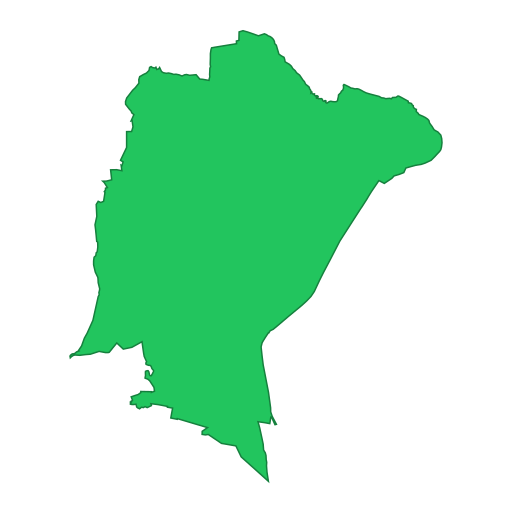 the district of Amacueca, Jalisco, Mexico
{"feature_id": "50627088B63985202353030", "entity_name": "Amacueca", "entity_type": "district", "adm_level": 2, "iso_a3": "MEX", "parent_name": "Mexico", "parent_adm1": "Jalisco", "projection": "orthographic", "projection_center": [-103.62, 19.989], "detail": "fine", "context": "isolated", "style": "filled", "palette": "green", "viewbox_px": 512, "rotation_deg": 0, "n_neighbors": 0, "source": "geoboundaries", "source_scale": "gbopen_adm2", "svg_char_len": 5822}
<svg xmlns="http://www.w3.org/2000/svg" viewBox="0 0 512 512"><path d="M418.8,114.5L418.3,113.4L416.2,111.5L416.4,109.4L415.3,109.0L414.1,108.1L413.3,106.9L413.3,105.7L412.2,104.9L411.5,103.5L409.5,102.9L408.4,102.8L408.2,101.2L401.3,97.4L399.1,96.3L399.0,96.2L398.8,96.1L397.7,96.1L396.1,97.3L392.5,97.5L391.3,98.8L389.8,98.3L387.3,98.5L385.8,98.7L383.8,98.0L381.6,97.8L379.1,96.4L375.6,95.5L369.9,94.0L366.2,92.9L363.3,91.5L361.6,90.5L358.8,89.1L357.0,88.7L355.0,88.9L352.8,88.3L350.9,88.0L348.9,86.8L345.2,85.0L344.0,84.5L343.5,85.0L343.3,85.3L343.5,86.7L343.5,88.2L342.7,90.3L341.9,90.8L341.3,91.4L340.7,92.8L339.6,93.8L338.5,95.0L338.4,96.6L337.9,98.6L337.5,100.7L336.4,101.6L334.8,101.8L332.5,101.6L331.2,101.3L330.3,101.3L329.9,101.4L329.4,101.6L328.9,101.8L328.7,102.0L328.3,102.3L328.0,102.5L327.4,102.9L326.7,103.0L326.1,102.8L325.7,102.3L325.7,101.7L326.0,101.4L326.0,101.2L325.8,100.7L325.6,100.6L325.3,100.6L325.1,100.6L324.7,100.7L324.6,100.8L324.5,101.1L324.3,101.2L323.9,101.3L323.5,101.1L322.8,100.7L322.5,100.1L322.4,99.3L322.3,99.2L321.5,98.7L321.4,98.6L321.0,98.6L320.6,98.7L320.3,98.7L319.8,98.7L319.4,98.7L319.1,98.6L318.6,98.8L318.3,98.7L318.0,98.5L318.0,98.1L316.7,98.3L316.3,97.9L316.5,97.4L317.7,97.0L317.8,96.8L318.0,96.6L318.1,96.4L317.7,96.2L317.5,95.9L317.3,95.8L317.0,95.8L316.8,95.8L316.5,95.7L316.2,95.7L315.7,96.1L315.3,95.9L314.8,95.5L314.6,95.3L314.4,95.1L314.3,94.9L314.5,94.6L314.5,94.4L314.5,94.2L314.5,93.9L314.0,93.9L313.6,93.9L313.0,94.0L312.4,93.8L311.9,93.1L311.9,92.5L311.9,92.1L311.5,92.1L311.0,92.6L311.2,91.5L310.9,91.1L310.7,90.3L309.7,88.9L309.1,87.0L308.4,86.6L308.0,86.0L307.6,85.7L307.1,85.3L306.5,85.0L305.5,84.0L304.4,81.6L302.9,80.0L301.4,77.7L299.6,75.1L296.6,72.8L295.1,70.6L292.8,68.6L291.4,66.2L289.5,64.4L285.1,61.8L284.7,59.4L284.0,57.3L281.4,55.9L278.9,54.1L276.3,45.2L274.7,43.6L274.4,41.4L273.4,39.4L271.7,37.6L269.8,36.4L268.2,35.9L266.6,34.7L265.9,34.4L264.4,33.8L258.4,35.8L254.0,34.2L247.6,32.0L243.0,30.7L239.1,31.9L238.9,40.4L236.4,41.0L236.4,42.2L236.6,43.7L214.4,47.3L212.9,47.6L211.6,47.8L211.0,49.6L210.4,53.6L210.4,58.0L210.2,64.3L210.6,66.8L209.9,68.1L209.8,71.0L209.6,74.4L209.8,76.9L209.2,78.8L209.0,80.4L202.7,79.3L199.8,79.1L196.1,74.7L189.6,75.3L186.5,74.5L184.6,74.8L182.0,76.0L179.0,74.8L176.0,74.2L173.7,74.4L171.4,73.6L168.5,73.0L166.3,73.3L163.3,72.7L161.5,71.5L159.6,67.5L158.8,68.7L156.8,69.5L155.9,67.2L155.1,68.0L153.7,67.8L152.4,67.5L151.1,66.6L149.6,67.4L149.0,70.5L146.4,73.1L143.4,74.5L141.2,75.8L139.7,76.6L138.8,79.6L138.9,83.2L135.3,87.7L132.7,90.2L126.7,98.0L125.5,101.6L125.6,104.3L129.4,109.2L131.1,111.0L131.8,112.9L133.9,114.6L131.1,120.9L132.1,120.6L133.0,126.9L131.6,131.5L126.6,131.6L126.6,140.0L126.6,147.5L120.5,160.3L123.1,161.9L121.9,165.7L121.1,165.2L121.9,170.7L116.6,169.7L110.6,169.8L111.7,179.8L106.5,181.1L102.8,181.2L104.2,182.5L107.4,187.6L107.1,187.7L105.5,188.2L105.4,190.3L104.8,190.9L104.3,191.7L105.0,192.3L103.6,201.3L100.8,202.5L98.2,201.3L96.2,204.5L96.8,216.4L95.0,224.8L95.6,229.7L96.2,235.7L96.7,241.4L97.6,242.0L97.7,242.9L97.8,247.1L97.2,251.8L96.2,252.8L95.8,255.7L94.1,257.2L93.6,260.9L93.6,264.8L95.3,272.1L97.9,277.5L98.1,280.5L98.2,282.7L99.7,288.8L99.5,290.3L98.9,292.6L99.2,294.7L98.2,296.6L92.9,320.4L87.1,333.3L84.4,338.1L81.6,345.9L78.2,351.0L78.5,351.1L77.1,351.7L76.5,351.9L75.7,352.7L74.6,353.5L73.5,353.8L72.2,353.9L70.5,355.2L70.0,356.1L70.3,357.8L71.5,356.6L73.4,355.4L74.9,355.0L79.8,355.3L85.4,354.6L90.4,354.2L96.9,352.1L99.1,351.4L105.6,352.6L106.8,352.6L108.1,352.6L109.2,352.3L112.0,348.9L112.1,348.7L116.8,343.0L123.3,349.1L131.9,347.3L142.0,341.7L143.6,353.1L144.2,356.4L145.5,359.3L146.6,361.7L146.0,362.6L145.9,363.7L146.1,364.4L148.5,365.3L150.1,365.4L151.1,366.3L151.9,368.5L152.5,369.3L153.6,370.5L153.5,371.6L152.9,372.7L152.5,373.6L152.0,374.4L151.7,375.0L151.4,375.6L151.0,375.8L150.0,375.6L149.5,374.8L149.2,373.2L148.8,371.7L148.1,370.7L147.1,370.7L145.5,371.3L145.4,372.7L145.5,375.5L145.1,377.6L145.1,378.2L147.1,378.9L148.0,379.3L149.7,380.8L154.0,387.4L154.5,391.2L151.4,392.4L151.4,391.7L140.8,391.5L140.8,392.6L139.7,393.4L138.2,394.5L135.3,395.4L131.2,396.8L132.5,400.2L131.9,401.0L131.4,401.0L131.4,401.8L130.9,401.8L130.4,401.9L130.4,402.2L130.4,403.0L130.9,402.9L130.9,403.2L130.5,404.2L131.9,404.5L134.0,404.5L136.0,404.2L136.7,407.0L137.7,407.9L139.6,408.8L139.8,408.5L140.2,408.3L140.6,408.0L141.0,407.6L141.4,407.3L141.6,407.3L142.0,407.3L142.4,407.4L143.4,407.6L145.0,406.6L147.2,407.6L151.4,405.6L151.4,404.9L150.9,403.7L158.1,404.6L167.5,406.4L167.4,407.2L172.6,408.1L170.8,418.0L177.2,419.3L177.3,418.6L207.5,427.6L202.2,431.3L202.1,434.4L205.4,434.9L208.3,434.5L221.5,443.4L224.5,443.9L235.9,445.9L241.2,456.9L245.9,461.1L257.3,471.3L259.4,473.2L268.4,481.3L267.0,472.2L266.5,465.8L266.7,462.4L266.5,461.2L266.2,459.8L266.0,455.5L265.3,452.9L263.6,450.0L263.2,444.6L263.2,444.3L262.1,439.0L259.7,427.9L258.0,421.7L264.9,422.7L269.8,423.6L270.8,417.1L271.6,417.2L274.9,424.5L275.0,424.7L276.4,424.3L272.8,417.5L272.1,416.1L270.7,411.9L270.6,407.8L268.5,392.4L263.2,365.0L262.1,356.2L261.1,346.9L262.1,342.8L263.4,340.5L265.4,337.3L268.4,332.8L268.8,332.9L270.1,330.8L273.2,329.3L278.5,324.9L288.1,316.7L301.9,305.3L306.7,300.9L311.0,296.4L314.3,291.5L319.5,280.4L323.5,272.4L330.1,259.9L339.4,241.9L340.0,240.8L352.0,222.1L360.7,208.6L361.7,207.2L366.9,199.1L368.7,196.0L371.5,191.5L378.9,180.6L384.3,183.4L391.8,178.4L394.1,175.9L399.2,174.4L403.8,172.6L405.9,168.0L410.8,166.6L415.6,165.3L421.2,164.4L425.1,163.1L431.1,160.3L435.0,156.4L436.8,154.4L437.6,153.6L438.4,152.7L439.5,151.6L440.8,149.7L441.5,147.0L442.0,142.8L441.7,138.6L440.8,135.1L437.8,131.9L436.6,131.3L434.1,129.8L432.1,126.5L429.6,123.1L428.9,120.5L427.6,119.1L425.3,117.5L423.7,116.7L423.4,116.5L418.8,114.5Z" fill="#22c55e" stroke="#15803d" stroke-width="1.5"/></svg>